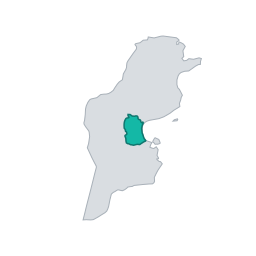 where Gabès sits in Tunisia, rotated 26°
{"feature_id": "TUN-111", "entity_name": "Gabès", "entity_type": "Governorate", "adm_level": 1, "iso_a3": "TUN", "parent_name": "Tunisia", "parent_adm1": "", "projection": "natural_earth1", "projection_center": [9.729, 33.79], "detail": "fine", "context": "in_parent", "style": "filled", "palette": "teal", "viewbox_px": 256, "rotation_deg": 26, "n_neighbors": 0, "source": "natural_earth", "source_scale": "10m", "svg_char_len": 3982}
<svg xmlns="http://www.w3.org/2000/svg" viewBox="0 0 256 256"><g transform="rotate(26 128 128)"><path d="M174.5,145.2L174.4,146.0L173.6,151.5L173.4,153.4L173.3,156.8L173.3,160.8L175.2,164.2L175.3,165.6L174.6,167.4L171.1,169.3L166.7,171.9L162.9,174.3L158.7,176.9L157.4,178.7L155.3,180.0L153.6,181.3L153.3,182.6L152.0,185.0L150.4,186.9L146.5,187.8L145.7,188.3L143.9,191.2L143.0,192.3L142.0,194.7L143.3,200.8L145.0,207.1L145.3,209.8L145.3,212.0L144.4,214.3L142.2,217.7L140.7,220.2L137.7,224.6L136.8,225.7L134.7,227.0L130.7,228.7L127.9,230.3L126.5,223.5L125.2,217.7L124.2,212.9L122.5,204.5L121.0,197.3L119.5,190.2L118.1,183.7L116.8,177.2L116.2,176.2L112.1,173.2L108.3,170.3L104.4,167.1L100.1,163.6L99.4,159.2L97.3,152.6L95.0,148.9L94.1,147.9L89.5,145.5L86.8,143.8L86.1,142.7L85.6,140.1L83.7,134.7L81.6,129.8L80.8,126.5L80.7,122.4L81.2,119.4L82.1,118.1L86.7,114.4L88.8,109.9L91.4,108.2L93.6,107.0L95.5,105.5L97.1,103.1L98.3,100.6L98.5,97.9L99.1,93.5L99.9,90.5L101.8,87.1L101.0,84.3L100.1,81.4L100.4,76.2L100.1,74.1L99.3,72.3L98.5,69.9L98.5,67.9L99.3,62.7L99.9,58.8L100.9,53.6L100.6,52.2L99.9,51.1L97.7,50.0L97.7,49.3L98.2,48.6L101.4,46.1L103.2,42.4L104.6,41.6L106.8,40.3L106.7,38.8L106.3,37.3L112.0,35.6L117.4,31.0L119.3,29.9L131.9,25.7L133.6,26.0L135.4,26.6L134.9,28.2L134.1,29.4L135.2,31.6L136.7,30.3L136.3,29.4L136.3,28.2L138.8,28.1L141.1,28.3L143.7,29.6L143.5,34.5L146.8,39.4L145.9,41.8L148.7,43.2L151.1,41.5L152.3,39.0L156.8,37.5L161.1,33.8L163.5,33.4L164.0,36.5L165.2,39.1L163.5,40.1L161.5,42.9L157.6,50.1L154.0,52.2L151.3,54.9L150.4,56.9L150.2,59.2L150.9,63.3L152.9,67.5L155.1,70.0L157.3,70.8L162.5,74.7L162.4,77.1L163.1,79.9L163.4,83.3L165.2,86.0L161.4,92.0L159.3,96.3L155.3,102.2L151.7,106.0L143.9,111.7L142.0,113.6L140.7,115.6L140.1,117.7L140.3,120.1L142.9,126.0L146.3,129.5L149.8,131.4L155.9,130.6L155.7,132.9L156.1,135.7L158.6,135.5L160.2,135.1L161.6,132.5L164.6,134.3L166.1,139.9L168.6,141.6L168.9,142.2L168.1,142.7L167.4,143.3L168.1,143.8L170.6,144.4L172.0,144.0L174.5,145.2ZM161.6,129.7L161.0,129.8L159.8,130.6L159.3,130.7L157.5,129.8L156.9,129.8L156.1,129.2L156.3,125.9L156.6,124.9L160.7,124.8L163.0,126.8L163.4,127.3L163.5,127.9L162.4,129.0L161.6,129.7ZM168.9,100.0L165.4,102.1L166.0,100.3L168.4,98.1L169.0,98.6L168.9,100.0Z" fill="#d9dde1" stroke="#a8b0b8" stroke-width="1"/><path d="M139.4,116.7L139.3,116.8L139.5,117.3L139.6,117.9L139.6,119.1L139.7,119.6L140.0,120.7L140.1,121.2L140.3,122.2L140.9,123.2L143.0,126.4L143.2,126.6L143.6,126.8L146.9,130.3L147.8,130.8L149.6,131.6L150.0,131.7L149.9,131.7L149.4,132.1L147.9,134.0L147.7,134.5L146.4,136.6L145.9,137.6L145.7,137.8L144.0,138.4L143.3,138.7L140.6,141.0L140.3,141.1L138.6,141.5L137.9,141.8L137.7,141.9L137.3,141.9L136.0,141.8L135.6,141.9L134.6,142.2L134.4,142.2L134.2,142.2L133.6,142.1L133.1,142.1L132.2,141.0L131.9,140.6L130.9,138.8L130.6,138.3L128.8,136.6L128.7,136.4L128.7,136.0L128.7,135.8L128.8,135.7L129.3,134.8L129.4,134.7L129.5,134.3L129.6,134.0L129.6,133.9L129.5,133.6L129.3,133.3L128.2,132.1L127.9,132.0L127.5,132.1L127.4,132.1L127.2,132.0L127.1,131.9L126.9,131.7L126.6,131.1L126.4,130.9L126.4,130.7L126.2,130.6L125.9,130.4L124.9,130.0L124.8,129.9L124.7,129.8L124.6,129.7L123.4,127.5L122.8,126.2L122.4,125.1L122.1,124.1L121.9,122.8L121.9,121.6L122.0,120.4L122.1,120.2L122.3,119.9L122.8,119.4L123.7,118.8L124.1,118.3L124.2,118.2L124.1,117.9L123.0,117.2L122.9,117.1L122.5,116.7L122.3,116.3L122.1,115.8L123.5,115.2L124.0,115.0L126.7,115.4L126.9,115.4L127.1,115.3L128.0,114.8L128.5,114.7L128.9,114.4L129.6,113.8L129.9,113.6L130.8,113.3L131.1,113.3L131.3,113.3L131.5,113.4L131.9,113.7L132.2,113.9L132.3,114.0L132.4,114.3L132.5,114.6L132.8,115.0L133.0,115.2L133.2,115.3L133.6,115.5L133.9,115.5L134.0,115.5L134.5,115.5L134.9,115.4L135.1,115.4L135.5,115.4L135.9,115.6L136.1,115.8L136.4,116.3L136.7,116.6L137.2,116.9L137.6,117.2L138.1,117.2L138.3,117.2L138.5,117.1L138.6,116.9L138.6,116.6L138.6,116.4L138.7,116.2L138.8,116.2L138.9,116.3L139.4,116.7Z" fill="#14b8a6" stroke="#0f766e" stroke-width="1.5"/></g></svg>